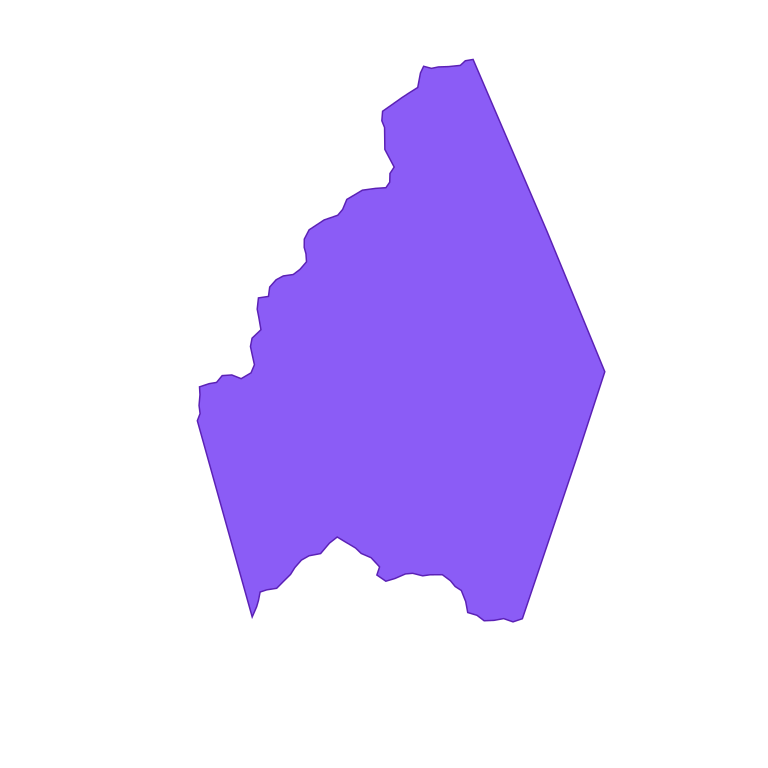 outline of Lima Campos, Maranhão, Brazil, rotated 65°
{"feature_id": "56859067B66044232988934", "entity_name": "Lima Campos", "entity_type": "district", "adm_level": 2, "iso_a3": "BRA", "parent_name": "Brazil", "parent_adm1": "Maranhão", "projection": "orthographic", "projection_center": [-44.474, -4.57], "detail": "fine", "context": "isolated", "style": "filled", "palette": "violet", "viewbox_px": 768, "rotation_deg": 65, "n_neighbors": 0, "source": "geoboundaries", "source_scale": "gbopen_adm2", "svg_char_len": 1346}
<svg xmlns="http://www.w3.org/2000/svg" viewBox="0 0 768 768"><g transform="rotate(65 384 384)"><path d="M655.2,357.8L531.1,239.4L466.2,178.7L314.7,171.8L127.5,166.1L125.4,173.7L127.5,180.2L123.6,191.4L119.6,200.8L118.0,207.6L112.8,213.8L117.5,219.5L129.5,228.1L130.9,239.1L132.0,246.6L133.4,254.3L136.2,270.0L144.5,274.7L151.8,275.1L171.8,284.1L191.7,283.1L195.7,289.6L203.5,293.5L206.9,299.3L203.1,309.1L199.2,321.7L201.0,339.7L208.3,347.7L211.5,354.6L210.0,368.9L212.6,386.7L219.0,395.0L226.5,398.6L233.0,399.7L240.5,402.6L244.6,411.7L246.4,420.0L243.5,429.6L243.9,437.6L247.8,446.6L255.8,451.7L252.9,461.4L262.6,467.3L271.1,469.4L282.8,472.6L286.7,484.2L293.6,489.2L302.8,491.3L311.8,493.3L317.7,499.8L318.8,511.2L311.5,518.1L308.0,527.1L311.8,535.1L309.8,542.3L308.6,552.4L315.9,555.3L325.3,560.7L333.1,563.2L338.4,568.7L539.4,601.9L532.1,593.6L527.2,589.3L520.2,584.2L521.0,577.3L523.8,567.6L520.6,559.0L517.1,549.2L512.7,542.4L508.7,533.3L508.0,524.5L510.9,513.1L505.2,500.8L502.9,491.1L510.5,486.0L520.6,479.1L527.9,476.3L536.0,469.1L547.9,465.3L554.1,471.2L563.5,465.7L564.9,456.3L565.2,444.8L567.7,438.0L574.2,430.0L576.4,422.8L581.5,411.7L590.4,406.9L597.6,405.1L603.8,401.2L615.7,401.9L626.5,404.7L632.9,397.5L640.9,393.3L644.7,384.2L647.2,374.7L654.1,367.6L655.2,357.8Z" fill="#8b5cf6" stroke="#5b21b6" stroke-width="1.5"/></g></svg>